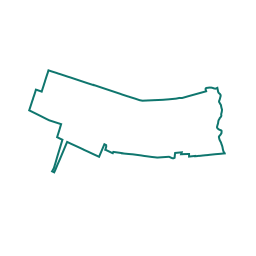 Saveni, Ialomita, Romania, rotated 105°
{"feature_id": "2599482B28938319747198", "entity_name": "Saveni", "entity_type": "district", "adm_level": 2, "iso_a3": "ROU", "parent_name": "Romania", "parent_adm1": "Ialomita", "projection": "natural_earth1", "projection_center": [27.639, 44.552], "detail": "fine", "context": "isolated", "style": "outline", "palette": "teal", "viewbox_px": 256, "rotation_deg": 105, "n_neighbors": 0, "source": "geoboundaries", "source_scale": "gbopen_adm2", "svg_char_len": 3316}
<svg xmlns="http://www.w3.org/2000/svg" viewBox="0 0 256 256"><g transform="rotate(105 128 128)"><path d="M92.9,219.7L93.0,219.7L93.5,219.8L93.8,219.8L94.0,219.8L94.6,219.8L95.1,219.8L95.3,219.8L96.5,219.9L99.9,220.1L102.0,220.2L104.0,220.3L105.4,220.3L106.4,220.4L109.4,220.5L113.0,220.7L115.2,220.8L115.0,222.9L115.0,223.5L114.8,225.7L114.8,226.9L116.7,226.9L118.6,227.0L118.8,227.0L120.6,227.1L122.1,227.2L122.9,227.3L124.5,227.3L126.8,227.5L129.0,227.6L132.8,227.8L136.5,228.0L137.1,225.1L137.7,222.1L139.1,215.2L140.3,209.5L141.0,205.9L141.0,205.4L141.3,199.5L141.6,193.6L148.4,193.8L155.2,194.1L155.8,191.2L156.3,188.3L165.4,188.6L174.4,188.9L180.0,189.0L185.7,189.2L187.6,189.6L189.5,190.1L189.7,189.0L189.9,187.9L189.7,187.9L189.4,187.7L186.3,187.2L182.2,186.7L175.1,185.6L174.9,185.6L166.1,184.4L157.2,183.2L158.0,178.9L158.7,174.7L159.5,170.0L159.7,168.8L160.0,167.2L160.3,165.5L160.4,165.4L161.2,160.5L162.1,155.5L163.3,148.5L149.8,146.6L150.2,144.7L151.7,144.2L151.9,144.2L153.2,144.3L153.6,144.2L154.9,144.3L154.9,143.9L156.3,136.4L156.3,136.2L155.4,136.1L154.9,136.0L154.0,128.8L153.8,127.0L154.0,127.0L152.9,120.4L152.2,116.7L151.5,111.3L151.1,108.2L150.8,105.0L150.5,102.9L149.8,97.4L149.2,93.6L149.0,92.1L146.7,85.4L145.2,81.0L145.2,80.8L145.2,80.6L145.3,80.4L145.3,79.8L145.5,79.1L145.7,77.4L145.6,76.5L145.3,76.0L144.7,75.3L142.3,75.7L141.0,75.9L139.9,76.0L137.6,69.8L139.6,69.9L138.4,66.1L137.3,62.3L139.8,61.6L138.7,58.8L138.1,57.2L137.6,55.9L137.9,55.8L137.3,54.1L136.7,52.7L136.3,51.4L135.8,50.1L135.3,48.9L134.7,47.3L134.1,45.7L133.7,44.5L132.8,42.3L130.8,37.1L128.7,31.2L128.4,30.5L128.0,29.4L127.5,28.0L127.3,28.1L127.0,28.5L126.3,29.4L125.5,30.0L123.9,30.9L122.0,31.8L120.3,32.8L119.8,33.3L118.9,33.8L117.9,34.5L117.0,35.3L116.3,36.0L115.2,36.8L114.3,37.3L113.5,37.7L113.1,37.9L112.6,37.9L111.3,37.3L110.9,37.1L110.5,36.9L110.2,36.8L109.5,36.6L108.8,36.4L107.1,36.7L106.4,37.0L106.2,37.3L106.1,38.1L106.0,39.3L105.8,40.1L105.5,40.7L105.2,41.4L104.7,41.9L104.3,42.2L103.8,42.3L102.2,42.3L101.4,42.3L100.7,42.2L99.6,42.3L98.0,42.5L97.2,42.5L96.3,42.3L95.8,42.1L95.5,42.0L95.0,42.0L94.4,41.8L93.9,41.5L93.2,41.2L92.7,41.1L92.1,41.0L91.7,41.1L90.8,41.5L90.1,41.6L89.3,41.6L88.5,41.6L87.5,41.7L86.7,41.8L86.2,41.9L85.6,42.1L85.1,42.5L84.2,43.0L83.6,43.3L83.2,43.5L82.7,43.8L82.3,43.9L82.0,44.0L81.7,44.3L81.2,44.7L80.9,45.2L80.4,45.6L79.9,46.1L79.5,46.5L79.2,46.8L78.8,46.9L78.4,47.0L77.7,46.9L76.5,46.8L75.1,46.8L74.0,46.8L73.2,46.8L72.7,46.9L72.2,47.1L71.9,47.4L71.6,47.7L71.2,48.3L70.9,49.0L70.6,49.5L70.3,49.8L69.7,50.3L68.7,50.8L66.1,52.1L66.5,52.6L66.9,53.0L67.3,53.5L67.4,54.1L67.5,54.9L67.5,55.6L67.4,56.0L67.4,56.7L67.4,57.7L67.5,58.4L67.6,58.8L67.9,59.8L67.9,60.0L68.5,61.2L68.8,62.2L69.1,62.6L69.3,62.9L69.5,63.1L69.8,63.2L70.1,63.1L70.4,63.1L70.7,63.0L72.1,62.1L72.3,62.0L74.9,66.4L82.3,79.0L82.5,79.3L84.9,83.3L85.0,83.5L85.6,85.8L85.7,86.3L85.9,86.6L86.5,87.8L87.2,89.2L89.7,95.9L91.8,101.8L94.4,110.1L97.9,121.1L98.1,123.8L98.1,124.2L97.8,128.7L97.6,134.1L97.5,135.5L97.5,136.7L97.4,138.4L97.2,142.3L97.0,144.3L95.9,162.8L95.3,172.3L95.5,172.3L95.2,178.6L95.0,181.9L94.7,186.9L94.3,193.4L94.1,196.5L94.0,199.6L93.8,202.7L93.7,204.6L93.5,208.0L93.5,209.2L93.4,210.3L93.3,211.4L93.3,211.6L93.2,214.0L93.1,216.6L92.9,219.7Z" fill="none" stroke="#0f766e" stroke-width="2"/></g></svg>